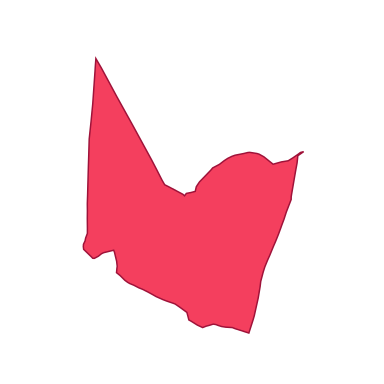 Tikrit, Sala ad-Din, Iraq, rotated 79°
{"feature_id": "34846034B31147654733032", "entity_name": "Tikrit", "entity_type": "district", "adm_level": 2, "iso_a3": "IRQ", "parent_name": "Iraq", "parent_adm1": "Sala ad-Din", "projection": "orthographic", "projection_center": [43.738, 34.759], "detail": "fine", "context": "isolated", "style": "filled", "palette": "rose", "viewbox_px": 384, "rotation_deg": 79, "n_neighbors": 0, "source": "geoboundaries", "source_scale": "gbopen_adm2", "svg_char_len": 1699}
<svg xmlns="http://www.w3.org/2000/svg" viewBox="0 0 384 384"><g transform="rotate(79 192 192)"><path d="M341.3,163.1L329.1,156.4L325.4,154.5L308.6,147.2L297.9,143.2L292.9,141.6L284.2,137.4L279.4,134.8L273.3,130.8L269.2,127.9L260.7,122.3L256.5,119.4L250.0,115.2L243.9,111.5L242.0,110.4L236.3,106.9L229.6,103.2L218.3,96.1L215.5,95.5L212.0,94.2L197.2,88.6L189.6,85.7L183.5,83.3L176.6,81.2L173.7,74.7L173.9,78.0L175.0,80.2L177.8,86.6L179.7,91.6L179.5,98.5L180.2,107.1L176.3,110.4L171.2,114.7L167.6,119.0L166.6,120.9L164.1,127.8L163.9,129.6L164.1,133.9L164.1,139.0L164.1,142.7L164.6,146.0L165.8,150.5L167.4,154.4L170.1,159.8L172.3,167.1L174.1,169.3L183.5,182.7L186.0,185.2L187.7,186.8L192.0,188.7L192.3,193.0L192.3,197.8L194.3,200.1L192.5,201.4L182.4,213.9L179.7,217.4L177.8,218.1L174.2,219.3L163.0,222.5L152.9,225.5L114.5,237.7L83.8,247.7L53.0,257.3L42.7,260.9L50.8,263.1L55.1,264.2L86.5,272.6L103.4,277.6L120.4,282.8L138.2,286.8L147.4,288.9L161.3,292.0L174.8,295.0L183.5,297.0L190.6,298.3L197.9,299.8L207.7,301.6L212.7,302.6L216.9,305.2L219.6,306.3L222.6,308.5L224.8,309.1L227.6,309.3L236.5,303.1L238.1,302.1L238.5,300.5L237.2,296.2L235.3,292.6L234.7,290.2L234.4,283.9L234.2,280.0L236.3,279.6L241.3,279.4L245.6,279.2L250.6,279.6L252.7,280.3L256.8,281.5L260.3,278.5L265.8,274.8L268.3,272.5L269.9,270.7L272.4,266.9L275.9,262.5L278.1,259.1L281.8,254.3L285.2,250.2L287.8,247.2L292.2,240.9L294.2,237.7L297.4,232.1L298.6,230.1L302.3,226.4L309.2,220.0L313.3,219.7L317.0,219.5L318.4,217.8L323.7,212.1L327.1,207.4L326.4,203.7L326.2,200.3L325.8,197.0L325.8,196.2L326.7,193.8L327.9,191.9L329.7,188.6L331.1,184.7L332.8,178.2L334.3,175.9L341.3,163.1Z" fill="#f43f5e" stroke="#9f1239" stroke-width="1.5"/></g></svg>